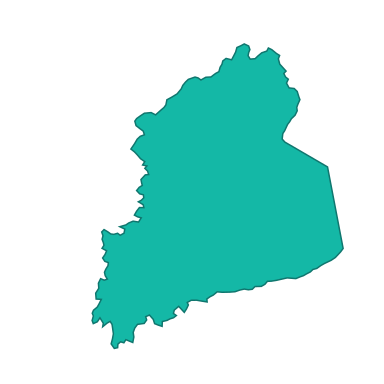 Campina do Simão, Paraná, Brazil, rotated 251°
{"feature_id": "56859067B97439184576762", "entity_name": "Campina do Simão", "entity_type": "district", "adm_level": 2, "iso_a3": "BRA", "parent_name": "Brazil", "parent_adm1": "Paraná", "projection": "robinson", "projection_center": [-51.78, -25.111], "detail": "fine", "context": "isolated", "style": "filled", "palette": "teal", "viewbox_px": 384, "rotation_deg": 251, "n_neighbors": 0, "source": "geoboundaries", "source_scale": "gbopen_adm2", "svg_char_len": 2786}
<svg xmlns="http://www.w3.org/2000/svg" viewBox="0 0 384 384"><g transform="rotate(251 192 192)"><path d="M185.1,96.6L183.6,93.6L179.6,93.6L176.6,91.6L173.0,91.7L170.3,91.4L168.0,88.6L164.2,92.1L161.3,89.5L158.7,86.0L154.8,87.0L152.5,89.9L149.7,88.6L147.0,85.3L144.6,83.1L141.1,82.7L137.2,83.6L137.2,80.3L139.8,77.4L136.2,73.8L131.3,72.5L127.7,68.0L122.0,66.5L120.0,71.3L116.1,67.3L114.0,64.9L112.3,60.4L109.8,58.2L106.9,58.4L103.0,55.7L99.7,55.8L100.1,60.2L103.0,64.0L96.8,65.4L93.7,63.7L95.7,69.1L96.3,72.5L92.8,73.3L88.6,72.5L83.5,71.5L78.9,68.9L74.7,66.1L69.4,67.6L69.0,71.0L72.3,72.4L73.6,75.7L71.6,78.5L73.9,81.4L69.0,87.0L73.8,89.8L78.4,90.7L82.0,93.6L84.6,97.4L83.3,104.0L85.8,107.5L89.2,107.6L89.5,111.7L84.2,113.9L79.7,113.8L77.1,116.8L74.7,120.0L79.2,121.8L78.7,126.6L79.2,129.8L79.1,133.6L80.3,137.0L83.2,134.9L86.1,136.8L88.2,142.2L85.3,143.5L80.7,145.5L83.2,148.7L86.4,151.8L89.1,151.5L89.9,156.0L88.2,161.1L85.5,166.0L83.1,170.5L86.0,171.2L87.1,174.9L87.6,178.5L89.4,183.3L87.3,188.1L85.0,195.3L83.7,200.2L83.7,205.4L83.2,209.8L81.2,213.5L80.4,217.3L82.1,220.8L80.2,226.8L81.0,230.9L83.0,234.2L81.9,237.9L81.0,243.0L79.8,254.0L78.2,257.7L76.3,262.0L76.6,266.6L76.6,270.2L77.3,273.6L77.9,277.9L79.4,281.1L79.1,285.1L80.5,289.8L81.3,294.0L82.1,301.3L83.4,306.2L87.0,313.0L89.4,316.5L171.6,328.3L208.9,296.1L212.7,294.5L217.7,296.9L219.8,299.6L224.8,304.4L226.8,307.4L228.9,309.8L231.0,314.4L234.5,317.9L237.9,318.6L240.4,320.6L244.2,324.1L247.0,324.0L252.8,324.2L256.6,322.3L258.8,317.7L264.2,316.8L267.3,319.8L270.3,317.9L274.2,317.4L275.7,320.3L278.5,319.1L284.3,316.6L289.8,317.0L292.6,319.3L295.4,317.0L300.6,313.8L303.3,311.1L300.9,308.6L300.9,303.2L299.1,298.5L297.5,295.1L298.7,290.3L302.6,289.4L305.4,291.0L307.8,293.1L311.6,293.1L315.0,289.6L314.4,286.0L314.0,281.5L310.1,278.8L307.1,275.7L304.1,272.5L307.2,267.7L305.9,263.8L303.0,261.9L300.8,259.2L297.0,256.6L296.4,252.9L294.6,247.3L296.0,242.4L295.0,236.9L297.9,234.9L299.7,232.3L299.7,225.2L298.1,221.7L295.8,218.0L293.0,215.4L289.6,209.8L288.2,203.3L287.4,198.3L282.9,195.7L281.0,193.0L279.7,189.6L276.8,182.7L280.4,179.2L282.0,172.6L280.7,167.6L279.5,163.6L277.6,161.0L273.0,160.7L268.8,163.4L265.5,165.7L261.6,165.6L261.5,161.2L259.8,157.4L256.2,153.2L252.5,148.2L248.8,150.6L245.1,152.3L240.2,154.2L236.1,157.2L233.6,154.1L231.3,157.8L229.7,155.1L226.3,156.8L222.6,156.7L223.4,153.4L220.4,147.8L217.5,147.4L214.4,147.1L213.6,143.6L211.4,140.1L207.3,141.9L205.2,145.1L202.2,144.5L200.7,141.4L200.2,138.1L195.9,141.7L192.9,141.4L194.4,137.2L191.9,133.4L188.9,130.0L186.2,132.5L184.1,135.6L181.0,131.7L183.6,126.8L183.3,122.0L182.4,118.9L182.7,112.4L178.8,116.4L175.2,114.3L174.5,110.0L177.2,108.2L177.4,104.3L178.8,101.5L181.8,99.4L185.1,96.6Z" fill="#14b8a6" stroke="#0f766e" stroke-width="1.5"/></g></svg>